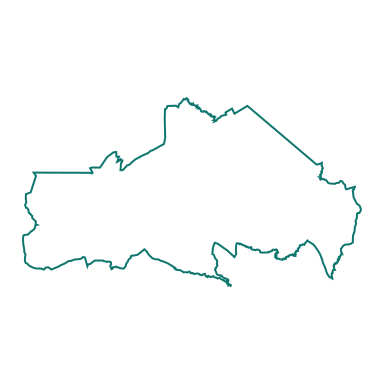 Tamale Metropolitan, Northern, Ghana
{"feature_id": "2480657B1027184338147", "entity_name": "Tamale Metropolitan", "entity_type": "district", "adm_level": 2, "iso_a3": "GHA", "parent_name": "Ghana", "parent_adm1": "Northern", "projection": "natural_earth1", "projection_center": [-0.697, 9.383], "detail": "fine", "context": "isolated", "style": "outline", "palette": "teal", "viewbox_px": 384, "rotation_deg": 0, "n_neighbors": 0, "source": "geoboundaries", "source_scale": "gbopen_adm2", "svg_char_len": 6041}
<svg xmlns="http://www.w3.org/2000/svg" viewBox="0 0 384 384"><path d="M321.9,162.9L318.5,164.3L316.5,164.5L247.4,105.9L234.5,113.7L232.0,108.6L225.5,112.5L226.2,114.7L222.1,115.7L220.9,116.4L219.7,117.7L217.7,118.7L216.5,120.6L214.5,121.5L214.9,120.8L213.9,120.4L214.9,120.1L214.5,119.3L214.2,119.4L214.1,117.9L215.1,116.9L214.3,116.3L212.6,116.8L211.4,116.1L211.1,116.3L210.7,116.0L211.4,115.4L211.2,114.9L210.7,115.2L209.7,113.9L209.2,114.4L208.5,114.3L206.5,111.7L205.8,112.2L204.8,111.2L203.6,111.1L203.2,111.8L201.1,111.4L200.7,109.6L199.4,108.8L199.5,107.9L198.8,107.6L198.3,107.9L198.5,107.3L198.3,107.1L196.6,107.4L197.1,105.7L196.7,105.9L196.6,105.6L195.9,105.6L195.9,106.1L195.6,106.1L195.2,105.5L193.7,105.0L193.3,103.9L192.8,104.8L191.9,105.0L191.3,104.6L191.9,104.2L191.5,103.5L189.6,103.5L189.4,102.6L187.8,101.0L188.4,100.0L187.7,99.0L186.9,98.8L186.8,98.4L186.4,98.2L186.0,98.6L186.0,99.1L185.2,99.6L183.9,98.9L180.7,103.1L179.3,103.8L178.2,107.2L176.0,105.7L167.5,106.0L166.3,108.7L165.0,109.2L164.7,119.0L165.2,137.7L164.0,143.9L152.6,150.3L150.5,150.9L148.2,153.0L142.1,155.7L135.2,159.5L130.7,163.3L129.7,164.6L127.2,165.4L122.8,170.1L120.5,170.2L121.0,163.2L122.0,162.1L122.4,160.5L121.3,160.5L121.3,159.8L120.7,159.2L119.3,160.6L117.2,161.8L119.0,156.7L116.5,156.7L116.2,152.0L113.3,152.4L107.1,157.1L100.0,167.6L92.4,167.5L90.1,168.2L92.5,172.4L91.9,173.4L90.0,172.8L33.7,172.6L36.0,175.9L30.7,192.3L25.9,194.2L25.8,198.4L26.3,202.3L25.1,205.0L26.0,207.8L27.0,207.9L28.4,209.6L28.7,212.4L29.8,213.8L30.4,213.8L30.7,214.5L32.2,216.0L32.2,217.8L35.8,221.5L35.6,224.3L37.0,224.9L35.7,225.2L35.2,226.0L35.0,227.8L33.6,229.7L29.9,232.4L28.3,234.4L24.2,235.0L23.5,235.5L23.0,238.4L23.3,244.4L24.3,249.6L24.2,251.6L25.5,254.6L25.0,257.6L24.9,260.7L25.7,263.0L27.5,263.8L29.3,265.8L33.9,268.0L36.7,268.5L40.6,268.5L43.9,269.6L45.8,267.6L48.3,267.3L51.4,269.5L58.5,266.6L60.6,265.3L64.6,263.6L68.4,261.2L71.5,260.7L74.8,259.4L76.2,259.5L80.3,258.9L81.6,258.3L83.3,256.9L84.9,257.5L85.1,257.9L87.4,266.3L88.2,264.4L90.6,263.8L92.2,262.3L95.0,260.5L102.9,260.5L103.7,261.2L105.2,261.3L106.6,261.9L108.2,261.5L110.0,261.8L111.0,262.4L111.1,264.1L110.2,265.8L111.6,269.2L112.3,268.8L112.8,267.3L114.3,267.3L116.2,266.5L117.0,267.3L118.5,267.4L119.8,268.2L123.6,268.6L125.7,266.2L126.1,264.0L127.9,261.4L128.6,259.5L130.9,257.7L130.9,256.3L131.3,255.8L135.3,255.3L137.7,254.7L144.4,249.3L146.7,251.5L149.0,255.0L152.4,258.2L155.0,259.2L158.8,259.5L159.7,260.3L164.7,262.0L168.3,263.6L171.5,265.7L172.2,265.7L173.4,267.1L174.2,267.3L174.6,268.6L175.4,268.0L175.8,268.6L175.9,269.4L176.4,269.8L180.6,270.3L183.8,272.4L185.2,272.1L187.4,272.5L189.3,271.5L190.6,273.1L191.3,272.8L192.1,273.3L192.5,273.0L193.4,273.4L193.9,274.0L197.7,273.4L199.5,274.2L199.8,274.8L200.6,274.8L201.6,275.3L202.4,275.1L202.7,274.6L203.5,274.2L205.0,273.9L205.5,275.9L206.1,276.5L207.5,276.1L207.2,276.9L207.5,277.1L208.5,276.5L209.7,276.4L210.4,277.0L211.2,277.0L213.4,276.1L214.3,277.3L216.3,277.6L217.6,278.5L219.5,277.8L220.7,278.9L222.4,279.9L223.6,280.1L224.4,281.3L225.6,281.5L226.3,281.0L226.8,282.2L226.7,283.0L228.0,284.4L228.3,285.6L229.8,285.1L230.7,285.8L230.9,285.4L230.7,285.0L228.6,283.9L227.3,281.9L227.4,281.4L228.1,281.4L228.3,281.1L228.4,280.0L228.1,279.7L226.3,278.6L225.0,278.5L222.6,277.1L221.5,275.6L220.7,275.8L220.5,275.3L218.0,275.1L216.7,274.0L215.9,271.4L215.0,269.9L215.5,268.4L216.0,268.2L216.1,267.4L217.4,265.6L216.8,263.6L217.2,262.0L217.1,260.9L216.8,260.1L215.2,258.4L213.8,254.8L212.3,254.0L212.9,248.3L213.8,244.9L214.9,242.7L218.0,243.9L227.3,250.5L234.5,257.1L236.2,253.9L235.9,249.5L236.2,245.2L236.8,243.3L238.3,243.4L239.3,244.1L240.0,244.1L240.1,243.7L241.1,243.9L242.4,245.1L243.3,245.0L245.1,246.2L245.8,245.9L246.3,246.9L247.5,246.8L248.4,247.7L251.1,247.1L251.4,247.6L250.9,248.6L252.4,249.7L254.6,249.8L255.3,250.2L257.0,249.6L258.9,249.8L260.0,250.9L260.2,252.2L261.4,252.6L267.3,252.5L268.2,252.0L268.8,252.3L269.5,251.7L272.1,250.9L272.5,249.8L273.8,249.6L275.1,250.2L276.1,249.4L276.9,249.8L278.0,252.2L277.0,252.4L277.4,253.2L276.4,254.0L275.6,253.6L275.3,254.1L275.5,255.0L276.3,255.1L276.4,255.9L275.2,255.9L275.1,256.9L276.0,257.0L276.0,257.6L276.9,258.1L276.5,258.5L276.9,258.8L278.4,258.5L280.0,259.4L281.3,259.3L282.3,259.9L283.1,258.7L283.7,258.6L284.6,259.2L285.0,258.7L285.7,258.8L285.6,257.5L286.2,257.0L286.8,257.1L288.2,256.0L288.7,256.5L289.9,255.0L291.6,254.8L292.5,255.2L292.4,254.5L292.7,254.2L294.0,255.2L294.3,255.9L295.4,256.0L295.3,255.0L295.8,254.5L295.0,253.5L295.4,252.1L296.4,251.9L296.4,250.9L298.1,250.9L297.9,248.5L299.5,247.6L299.7,245.6L300.3,245.0L301.6,245.3L303.0,244.2L304.3,244.8L305.3,243.0L307.5,240.5L308.1,241.2L312.9,244.2L314.7,245.9L318.5,251.5L320.1,254.3L322.3,260.0L322.8,262.4L324.8,266.8L327.0,273.4L329.2,276.8L332.3,278.5L331.7,275.1L331.9,274.1L331.6,273.8L331.9,273.3L332.3,273.4L332.7,273.0L332.6,271.4L332.9,270.1L334.9,269.9L333.8,267.7L334.2,266.4L334.2,265.9L333.7,265.7L333.8,265.2L334.6,263.6L335.2,263.8L335.4,263.2L336.2,263.6L337.1,262.8L337.2,261.8L338.0,261.4L337.8,260.3L338.2,260.1L338.0,259.6L339.0,259.6L339.1,258.7L338.8,258.2L339.4,257.9L339.2,257.2L339.9,257.4L340.2,256.8L339.9,256.4L341.0,254.5L342.3,254.4L342.0,253.2L341.3,252.5L340.9,249.0L343.2,245.8L344.9,244.7L350.1,244.2L352.9,242.4L352.8,238.4L353.2,234.9L354.5,231.7L354.8,227.4L356.1,223.6L355.5,220.9L356.7,218.6L357.1,213.6L357.5,213.1L359.4,213.0L361.0,209.8L359.9,206.2L359.1,205.2L356.9,203.8L353.6,197.4L352.8,190.2L353.4,189.3L354.0,189.4L354.3,187.2L354.9,187.1L354.9,186.8L346.1,189.3L345.4,187.7L345.1,184.9L343.2,183.2L342.4,181.5L340.6,180.9L338.6,182.9L336.3,183.0L335.1,183.8L329.8,183.5L328.1,182.8L326.3,180.3L324.5,179.6L324.2,179.1L322.8,179.3L321.5,179.0L320.5,179.6L320.2,179.3L320.5,178.5L319.7,177.6L320.5,177.8L321.0,177.4L320.5,177.0L320.6,176.3L320.1,175.3L320.8,175.3L320.9,174.7L320.7,174.1L321.8,173.1L321.9,172.3L321.2,171.7L321.9,171.2L322.2,168.9L322.9,168.2L321.6,165.6L321.9,162.9Z" fill="none" stroke="#0f766e" stroke-width="2"/></svg>